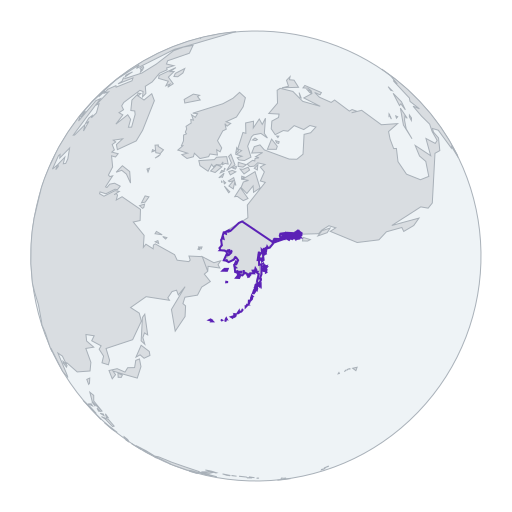 Alaska on an orthographic globe, rotated 314°
{"feature_id": "USA-3563", "entity_name": "Alaska", "entity_type": "State", "adm_level": 1, "iso_a3": "USA", "parent_name": "United States of America", "parent_adm1": "", "projection": "orthographic", "projection_center": [-152.163, 61.314], "detail": "fine", "context": "on_globe", "style": "outline", "palette": "violet", "viewbox_px": 512, "rotation_deg": 314, "n_neighbors": 0, "source": "natural_earth", "source_scale": "10m", "svg_char_len": 17739}
<svg xmlns="http://www.w3.org/2000/svg" viewBox="0 0 512 512"><g transform="rotate(314 256 256)"><circle cx="256" cy="256" r="225" fill="#eef3f6" stroke="#a8b0b8"/><path d="M154.9,453.9L155.4,454.4L155.2,454.3L154.9,453.9ZM468.4,331.1L467.7,331.8L470.5,320.7L469.3,321.6L473.1,299.7L470.3,294.3L468.4,297.6L467.7,305.3L459.5,315.0L454.2,313.4L416.6,346.0L410.0,346.6L405.8,340.4L372.3,332.5L396.5,346.9L387.5,348.3L376.3,345.2L377.8,341.1L364.0,333.0L353.0,333.2L336.0,319.4L325.3,292.3L331.7,293.8L328.4,287.4L320.1,285.3L315.5,285.5L292.9,263.4L265.6,257.3L256.9,264.5L258.9,256.1L242.2,276.2L227.3,280.3L244.3,270.2L246.1,265.0L236.1,264.9L235.7,259.6L230.7,256.6L231.2,250.4L241.1,245.4L241.6,241.4L234.5,241.6L230.5,235.8L240.9,236.0L235.1,226.0L250.5,216.5L277.9,223.6L286.6,214.4L315.4,211.5L313.0,207.0L322.3,203.6L323.0,197.3L328.1,198.9L324.2,192.5L319.4,192.3L316.0,189.5L316.0,185.8L322.5,187.1L323.5,189.1L325.4,187.6L328.7,189.9L327.1,186.7L335.0,188.9L327.1,181.4L333.5,178.8L338.7,181.7L338.1,188.3L348.8,212.6L354.0,218.2L361.9,219.1L376.9,206.1L382.6,209.7L390.4,209.5L387.3,204.1L380.1,202.5L376.3,192.9L368.0,192.3L365.2,188.5L356.6,185.5L358.1,178.6L364.1,173.7L371.3,176.0L374.1,174.0L367.4,166.2L380.9,165.3L389.9,156.1L393.4,156.9L400.0,168.2L399.7,182.2L408.3,198.2L402.9,180.6L411.7,183.4L413.2,181.0L412.8,176.8L409.6,173.0L412.6,172.7L419.0,189.5L416.4,190.1L414.4,184.6L414.3,191.4L418.7,203.4L422.8,204.2L425.1,222.5L428.1,223.4L430.2,228.1L425.4,225.3L434.2,230.8L437.5,255.0L449.6,265.9L437.6,264.9L433.2,271.3L428.9,280.4L430.9,282.3L422.5,292.6L419.4,307.4L425.1,321.3L433.3,325.0L442.0,312.4L441.5,304.2L446.1,293.7L449.5,312.0L458.6,296.6L461.5,306.7L465.0,306.0L467.9,296.2L471.5,289.3L471.6,278.0L472.9,264.9L475.4,271.3L474.2,259.4L476.2,256.6L477.3,234.9L477.9,238.1L479.2,227.6L477.8,216.6L480.1,233.0L481.2,249.6L481.0,266.2L479.7,282.7L477.1,299.1L473.3,315.3L468.4,331.1ZM242.9,407.5L242.4,403.5L246.2,406.0L242.9,407.5ZM239.7,401.2L240.4,402.5L239.3,401.4L239.7,401.2ZM237.4,400.4L239.0,400.9L237.1,400.7L237.4,400.4ZM234.2,399.8L235.9,399.9L235.7,400.1L234.2,399.8ZM452.6,271.1L462.7,257.1L460.1,269.2L460.0,266.0L456.8,268.6L451.8,275.7L448.7,286.8L452.6,271.1ZM229.4,397.6L228.3,396.9L229.8,396.6L229.4,397.6ZM450.0,255.3L448.5,258.3L449.5,254.9L450.0,255.3ZM313.5,286.6L320.0,285.9L327.6,289.9L322.2,291.0L313.5,286.6ZM299.1,279.0L302.1,276.9L305.5,283.7L302.7,282.8L299.1,279.0ZM250.7,271.0L256.0,270.6L251.0,272.9L250.7,271.0ZM229.9,257.3L228.5,259.2L226.5,256.9L229.9,257.3ZM356.4,189.5L356.6,187.5L358.1,189.1L356.4,189.5ZM352.6,190.1L354.3,193.3L352.7,194.1L351.7,192.1L352.6,190.1ZM225.4,245.4L222.7,241.3L227.2,244.5L225.4,245.4ZM350.9,186.0L349.7,195.1L346.9,196.5L340.7,190.1L350.9,186.0ZM222.2,238.3L215.3,228.7L211.5,231.9L218.2,217.8L221.9,230.4L228.1,233.9L223.4,234.7L222.2,238.3ZM317.9,193.8L323.0,193.9L318.8,197.2L317.9,193.8ZM316.0,196.7L307.7,211.7L300.1,210.0L304.4,205.2L294.6,206.0L294.9,197.7L300.4,195.5L305.2,198.1L301.7,193.0L316.0,196.7ZM223.1,211.7L222.9,208.8L225.0,210.9L223.1,211.7ZM314.4,188.6L313.4,191.7L306.7,190.4L307.5,184.1L309.4,186.5L314.4,188.6ZM291.8,210.3L287.0,208.4L285.9,201.2L283.9,199.5L294.3,197.4L291.8,210.3ZM310.9,184.9L308.0,180.9L311.1,178.2L314.9,185.6L310.9,184.9ZM304.7,192.8L301.5,192.0L303.5,190.3L304.7,192.8ZM320.5,166.9L319.5,170.4L315.9,170.0L320.5,166.9ZM306.8,179.6L305.7,180.5L304.2,180.8L303.0,177.7L306.8,179.6ZM292.8,192.6L293.4,190.0L288.5,193.0L287.5,187.9L294.6,187.5L291.1,185.5L290.8,184.0L296.9,185.5L292.8,192.6ZM297.2,175.5L305.9,173.6L308.6,167.1L311.8,167.2L306.9,177.7L297.2,175.5ZM296.5,181.2L297.7,177.7L301.1,179.5L302.5,183.0L296.5,181.2ZM284.3,184.6L284.0,192.5L282.5,192.4L284.3,184.6ZM297.3,173.2L295.2,173.7L297.1,172.5L297.3,173.2ZM287.5,180.6L287.6,183.4L285.9,183.1L287.5,180.6ZM291.0,172.6L293.8,171.9L294.8,174.2L291.0,172.6ZM288.8,176.0L286.4,174.9L293.4,175.5L289.2,177.2L288.8,176.0ZM285.9,179.9L284.9,180.7L286.1,178.8L285.9,179.9ZM285.6,164.3L294.2,164.4L296.4,169.5L287.7,168.6L285.6,164.3ZM403.6,85.8L403.3,85.6L357.6,59.5L348.1,53.8L312.3,41.3L307.9,39.7L312.3,39.2L285.6,32.8L276.8,32.3L252.4,30.9L236.0,31.8L229.8,34.6L256.6,32.9L261.1,34.8L239.4,37.5L216.0,40.6L217.0,41.5L231.6,41.7L226.1,45.1L236.7,42.3L232.5,41.4L239.0,39.9L243.3,40.6L241.1,41.6L248.1,41.8L256.5,37.3L253.1,36.0L271.6,35.9L267.8,33.8L272.9,33.5L281.2,36.9L280.3,38.1L295.9,45.1L298.6,43.8L284.0,37.2L288.6,38.2L292.1,36.9L293.1,38.7L308.3,46.8L324.9,51.0L346.3,54.1L355.9,58.7L363.8,64.4L355.6,67.2L335.1,56.8L331.9,58.2L335.8,64.7L329.2,61.1L328.2,62.7L320.4,59.6L309.1,60.4L301.2,58.5L296.4,63.9L291.7,63.8L295.9,60.5L294.5,57.4L274.6,54.2L270.7,55.1L269.2,59.1L263.9,57.9L265.0,62.2L253.5,63.6L268.5,65.6L267.2,70.9L260.0,74.8L262.3,77.0L273.9,70.7L276.1,68.0L273.7,64.9L282.0,58.4L288.9,58.5L290.4,67.1L300.3,68.3L297.1,75.0L267.7,87.1L255.6,89.9L236.2,82.4L239.2,78.2L247.7,78.7L240.2,72.9L240.6,75.9L236.3,75.1L233.9,80.4L230.6,80.1L233.8,85.8L229.6,86.1L227.7,82.5L220.5,91.0L211.7,93.6L211.6,95.7L214.1,97.2L201.2,99.7L201.7,101.2L206.1,100.9L210.1,103.7L211.9,109.8L207.4,110.3L206.1,108.2L196.5,104.8L193.8,99.3L192.1,100.2L193.4,105.1L205.1,109.2L207.5,112.8L201.5,111.4L203.9,112.1L203.6,114.1L199.2,116.6L205.6,118.5L209.3,140.5L201.0,148.0L195.2,144.1L193.1,161.2L183.9,169.0L188.0,168.6L189.7,177.0L192.6,174.6L194.7,175.1L200.4,196.5L198.2,202.2L205.3,211.6L207.4,211.5L209.4,207.8L218.2,217.8L211.5,231.9L207.1,231.4L205.9,240.9L195.9,238.5L187.2,241.1L177.0,233.5L171.0,236.5L171.2,240.0L163.2,247.0L145.8,250.1L158.8,232.3L184.7,226.3L174.0,227.2L176.2,222.6L172.1,220.3L164.7,221.6L164.0,224.5L150.4,205.2L131.8,201.6L133.8,211.7L129.5,218.8L110.1,225.4L85.3,212.4L79.3,223.1L75.2,225.4L72.2,219.4L78.1,215.9L80.0,207.9L83.8,207.0L80.9,196.7L86.2,195.0L81.4,188.2L77.2,193.2L77.7,202.6L71.3,197.8L64.8,211.1L58.0,216.5L48.4,207.9L47.8,194.0L46.5,194.6L49.5,186.3L48.6,180.9L39.3,202.5L37.9,205.1L38.7,196.9L39.6,194.4L47.3,172.4L45.5,175.8L46.6,172.8L47.3,171.3L54.4,157.8L57.7,149.9L59.8,147.3L70.0,133.1L76.1,122.0L81.3,113.8L94.0,99.4L108.0,86.2L108.8,85.5L118.3,77.7L129.2,70.0L155.9,54.2L159.9,52.3L164.8,50.0L176.0,45.5L182.1,43.5L188.8,41.2L180.1,43.9L197.1,38.5L214.5,34.6L232.2,32.0L231.7,32.1L231.8,32.1L232.2,32.0L233.7,31.8L237.2,31.5L240.4,31.3L237.5,31.5L253.8,30.7L270.1,31.2L286.4,32.8L302.4,35.6L318.3,39.5L333.8,44.6L348.8,50.7L363.5,58.0L377.5,66.3L390.9,75.6L403.6,85.8ZM161.1,51.7L159.6,52.4L158.5,52.9L161.1,51.7ZM373.4,64.7L374.7,65.1L373.4,64.7ZM191.0,44.2L177.1,49.2L183.8,49.9L179.0,52.0L183.1,51.6L184.4,49.9L194.3,49.8L188.5,53.3L190.4,54.8L195.1,53.2L204.2,46.9L190.1,46.8L193.0,44.5L191.0,44.2ZM477.3,234.2L477.7,232.8L477.8,236.3L477.3,234.2ZM461.4,273.6L462.7,269.6L464.0,268.4L463.3,272.0L461.4,273.6ZM468.8,237.8L469.6,233.4L469.5,239.1L468.8,237.8ZM463.9,254.7L468.3,241.6L468.0,253.5L464.9,261.9L466.1,254.5L463.9,254.7ZM452.7,261.3L453.9,259.2L454.6,261.2L452.7,261.3ZM450.7,252.9L450.5,254.0L449.2,254.3L450.7,252.9ZM411.3,182.4L410.9,181.1L411.2,177.3L412.6,180.0L411.3,182.4ZM403.6,155.9L408.7,155.9L406.0,157.6L408.9,161.2L406.9,169.4L395.0,157.8L400.7,161.5L403.6,155.9ZM400.8,177.7L403.5,173.5L401.1,178.6L400.8,177.7ZM330.6,75.2L328.1,72.3L331.3,71.1L341.4,74.5L336.9,76.3L330.6,75.2ZM323.8,68.7L322.4,76.8L316.1,75.3L319.9,74.7L315.8,72.9L320.8,71.5L316.1,62.5L318.6,60.9L335.9,67.5L328.9,66.1L331.8,68.9L323.8,68.7ZM330.1,103.2L329.5,107.5L316.6,98.5L318.7,95.6L328.9,98.5L332.4,103.8L330.1,103.2ZM340.2,173.3L340.7,176.1L338.9,175.6L337.0,172.9L340.2,173.3ZM320.3,168.5L335.8,160.8L337.2,163.5L344.5,156.1L351.2,160.6L346.2,165.1L356.8,163.2L355.0,169.1L361.7,167.1L350.0,176.8L348.8,182.3L347.6,174.4L341.5,170.1L338.6,170.0L329.2,173.7L323.6,183.7L316.7,181.4L313.3,177.1L313.6,174.3L318.0,176.6L315.2,171.2L321.8,172.5L320.3,168.5ZM277.4,132.2L282.4,135.3L277.9,126.2L284.5,126.8L283.6,125.7L288.4,123.9L292.7,119.9L295.6,121.1L296.0,119.1L299.2,117.9L300.7,115.6L306.6,117.0L308.9,114.3L310.3,116.6L312.8,111.5L313.6,116.0L317.8,115.1L314.8,111.3L342.5,126.4L353.6,129.9L362.3,130.5L362.5,138.4L354.4,143.1L342.4,145.4L331.8,141.2L333.8,145.7L329.3,145.0L329.6,141.7L326.5,146.5L322.9,145.2L312.2,148.2L309.9,156.3L306.0,157.8L305.1,153.9L301.8,158.1L297.4,152.0L294.5,152.9L287.2,148.0L287.1,140.3L283.9,142.0L278.2,138.6L277.4,132.2ZM283.7,162.6L282.1,152.9L284.9,148.6L296.4,159.1L299.6,159.0L307.1,165.9L302.8,172.1L301.1,169.5L298.4,168.5L300.8,166.9L296.9,167.4L294.4,164.0L290.6,163.4L291.1,160.4L283.7,162.6ZM302.7,39.3L299.2,38.4L293.7,37.4L295.9,36.8L302.7,39.3ZM313.3,44.6L310.1,43.9L310.5,42.1L314.0,43.2L313.3,44.6ZM308.1,45.1L309.9,44.0L311.1,45.2L308.1,45.1ZM292.9,60.3L289.5,60.0L289.2,59.0L291.2,58.0L292.9,60.3ZM265.6,106.4L268.0,108.6L266.9,109.5L268.1,115.7L263.3,116.0L260.7,112.2L265.6,106.4ZM234.5,33.5L239.4,32.6L241.8,32.6L239.6,32.9L234.5,33.5ZM269.2,32.8L261.4,32.2L269.9,32.7L269.2,32.8ZM260.6,107.7L261.6,110.2L258.6,108.8L260.6,107.7ZM259.9,116.5L256.3,115.4L262.9,116.7L259.9,116.5ZM32.0,231.9L32.4,240.5L31.8,250.4L31.1,248.1L30.8,258.3L30.7,256.7L32.0,231.9ZM34.6,242.5L33.1,238.0L35.2,240.3L34.6,242.5ZM37.3,242.1L36.2,244.7L37.1,239.2L37.3,242.1ZM44.4,196.9L45.1,191.8L46.2,190.3L46.0,196.1L44.4,196.9ZM52.7,221.2L48.7,224.7L47.4,224.8L49.7,220.0L52.7,221.2ZM221.3,115.1L224.9,105.9L224.4,99.9L219.1,97.2L228.1,97.2L229.0,106.5L221.3,115.1ZM211.3,137.2L215.9,139.8L212.9,141.6L211.5,141.3L211.3,137.2ZM214.7,136.7L222.2,134.5L224.2,137.9L217.9,138.9L214.7,136.7ZM241.4,120.0L242.8,117.2L245.2,118.4L241.4,120.0ZM55.2,358.2L54.8,357.1L59.0,365.3L55.2,358.2ZM109.6,427.1L112.5,429.6L119.9,435.5L114.9,431.6L109.6,427.1ZM148.0,451.4L151.3,453.5L147.5,451.6L148.0,451.4ZM155.2,454.3L150.6,452.2L154.9,453.9L155.2,454.3ZM114.9,429.9L117.2,431.9L116.3,431.3L114.9,429.9ZM113.6,428.7L114.0,428.6L115.0,429.8L113.6,428.7ZM96.5,410.8L97.4,411.4L98.3,412.5L96.5,410.8ZM93.7,407.4L90.4,404.0L90.4,403.6L93.7,407.4ZM93.1,405.8L92.3,404.4L95.5,408.9L93.1,405.8ZM86.1,397.1L90.6,403.0L85.8,396.9L86.1,397.1ZM84.1,395.0L81.3,391.3L81.4,391.2L84.1,395.0ZM60.6,364.2L70.0,381.2L64.1,372.5L56.9,359.0L54.2,355.3L46.3,338.0L47.2,339.5L45.4,333.8L39.1,315.3L37.8,309.6L39.5,314.1L36.2,301.2L39.6,312.4L41.7,322.1L43.9,325.5L49.1,338.6L55.3,352.0L61.6,365.2L60.6,364.2ZM41.0,322.6L41.7,324.8L41.4,324.3L41.0,322.6ZM76.0,383.3L80.1,389.7L79.8,389.8L78.0,387.4L76.0,383.3ZM62.8,366.6L69.1,373.2L70.9,375.8L67.0,373.2L62.8,366.6ZM66.9,368.2L70.4,373.6L72.7,378.3L72.1,377.9L66.9,368.2ZM33.9,293.3L34.0,294.1L33.3,290.0L33.9,293.3ZM34.6,296.7L37.0,307.6L34.6,296.9L34.6,296.7ZM30.8,263.2L30.9,262.6L31.1,264.0L32.7,278.8L30.9,263.6L31.1,269.3L31.8,276.1L31.3,272.2L31.3,272.8L30.8,263.2ZM34.4,292.9L33.9,286.9L34.4,286.5L34.8,291.1L34.4,292.9ZM33.7,271.4L34.0,261.0L33.1,256.4L35.9,263.3L35.1,272.1L33.7,271.4ZM35.6,257.5L34.6,253.2L36.3,256.0L35.6,257.5ZM35.0,250.5L36.1,247.4L36.2,252.1L35.0,250.5ZM35.9,260.6L37.9,257.3L37.0,262.1L35.9,260.6ZM39.0,240.0L37.4,253.5L37.5,239.4L42.6,231.1L43.0,236.1L39.0,240.0ZM73.0,241.1L75.8,238.1L77.5,242.6L75.1,243.4L73.0,241.1ZM85.7,255.4L78.9,242.8L73.9,233.0L73.1,237.4L67.8,237.9L71.5,229.8L78.5,234.4L81.5,242.4L86.5,241.3L91.4,246.2L97.4,242.0L101.0,243.7L96.5,250.1L85.7,255.4ZM99.9,239.9L112.0,235.4L113.2,245.5L110.8,248.8L104.7,246.5L104.4,241.3L99.9,239.9ZM115.3,237.3L115.2,232.3L132.9,217.0L136.9,216.4L124.0,232.9L123.2,229.2L118.7,231.3L115.3,237.3ZM220.5,209.6L222.6,208.8L221.5,211.2L220.5,209.6ZM196.2,173.6L198.9,174.7L197.4,177.3L196.2,173.6ZM205.4,179.2L205.2,175.4L207.3,179.1L205.4,179.2ZM204.5,167.3L206.1,173.8L201.9,167.9L204.5,167.3Z" fill="#d9dde1" stroke="#a8b0b8" stroke-width="1"/><path d="M271.2,222.0L277.6,258.1L281.2,257.3L285.5,262.2L287.1,259.0L289.0,258.0L294.0,261.9L299.1,267.8L303.3,268.4L304.1,273.0L303.0,273.7L303.4,271.5L302.4,272.7L303.1,271.7L301.3,269.0L299.8,270.6L300.1,271.9L299.5,271.7L299.3,269.5L300.1,269.1L300.2,268.9L296.6,266.5L295.0,266.6L295.0,266.2L295.5,266.1L295.8,265.8L295.8,265.6L294.2,264.7L294.4,264.6L295.6,265.1L294.2,263.9L295.1,263.8L293.0,263.6L293.1,261.7L291.3,262.8L289.1,259.0L290.8,263.5L289.1,263.4L288.8,261.3L286.2,261.3L288.8,263.4L287.7,264.4L280.3,260.6L280.7,258.8L281.4,260.3L282.0,259.2L280.6,258.6L279.3,260.2L277.0,258.9L276.5,259.7L271.5,260.1L270.0,259.2L270.5,257.5L268.0,258.8L268.6,257.9L267.7,257.5L266.9,258.0L266.5,257.8L267.6,257.3L266.3,257.0L267.2,256.2L264.2,257.6L264.4,255.9L262.6,257.9L263.6,258.5L263.1,258.7L262.7,259.2L264.2,259.1L263.3,261.1L261.4,260.6L258.4,264.3L256.4,264.0L258.3,262.0L256.6,262.1L257.5,258.3L262.0,257.7L260.0,256.6L261.1,255.1L254.2,260.0L255.2,260.9L251.8,264.4L253.8,265.6L246.6,272.7L242.4,274.5L243.0,275.3L242.3,276.2L235.7,278.0L235.1,276.9L234.0,278.7L232.7,277.7L232.7,279.1L230.8,279.4L231.0,278.2L234.9,275.7L238.2,276.6L237.6,275.7L238.6,274.3L244.9,270.6L244.7,268.1L245.7,268.0L244.9,267.1L246.3,265.8L246.7,264.2L243.7,266.0L243.2,264.5L243.9,264.5L244.1,265.0L244.2,264.9L243.9,264.4L243.2,263.8L242.2,266.7L239.5,263.8L236.5,265.4L235.6,264.9L237.1,263.3L236.3,263.1L237.0,261.7L236.0,258.4L237.4,257.0L235.6,258.5L235.7,259.6L232.6,259.7L230.6,256.4L231.8,255.1L233.9,256.9L234.5,256.4L233.6,255.8L234.4,255.7L231.4,255.0L232.2,254.5L231.2,253.9L231.5,253.7L231.8,253.2L232.2,253.0L232.4,253.0L232.7,252.5L231.9,253.0L231.4,253.4L231.5,253.7L231.2,253.8L231.1,254.4L230.0,252.1L232.7,248.9L233.6,249.5L233.4,247.8L234.4,246.5L236.6,247.5L240.5,246.1L241.0,243.4L240.1,242.7L241.6,241.6L238.0,242.6L232.6,240.6L231.9,238.1L233.4,238.2L231.4,237.1L230.5,235.8L237.2,233.5L238.1,233.6L238.2,233.8L237.0,235.1L237.8,235.7L242.0,235.9L240.7,235.4L240.2,232.6L241.2,234.7L243.4,235.2L241.5,234.5L240.9,233.6L241.7,232.7L240.5,231.8L238.4,231.7L238.2,229.6L235.0,226.0L235.7,226.0L236.3,224.2L240.0,224.0L243.2,219.8L245.9,219.1L245.5,219.5L245.9,220.6L246.7,219.4L245.6,218.9L250.6,216.3L251.7,217.4L250.8,218.2L251.1,218.9L252.3,217.4L255.8,218.7L256.1,219.7L255.4,219.8L256.2,220.2L267.9,220.7L271.2,222.0ZM256.0,270.5L254.3,270.9L255.1,271.5L253.9,271.6L252.1,273.9L252.6,272.4L251.8,273.0L252.2,272.4L251.6,272.3L251.0,272.4L251.9,272.4L251.4,273.4L250.4,271.5L251.7,270.2L252.1,270.4L251.9,270.7L252.3,270.8L252.3,271.3L252.6,271.7L252.9,271.8L252.3,269.7L253.9,270.1L254.1,269.7L253.7,269.0L256.0,270.5ZM300.3,272.8L300.3,275.1L298.9,273.3L297.7,273.6L297.9,272.1L297.0,272.4L297.2,271.3L296.6,270.4L295.7,269.8L298.6,271.1L299.7,272.2L298.7,271.8L298.6,272.6L300.3,272.8ZM227.1,244.6L225.2,245.4L222.2,242.2L224.9,242.3L227.1,244.6ZM290.6,266.7L288.3,264.2L291.3,264.2L289.5,264.8L292.1,266.2L289.8,265.7L290.6,266.7ZM229.8,258.7L228.5,259.2L226.5,256.8L229.1,256.6L229.8,258.7ZM294.1,265.7L293.0,267.9L293.2,266.3L290.9,262.8L291.7,263.6L292.7,263.3L294.1,265.2L292.5,263.6L294.1,265.7ZM291.8,266.6L293.7,271.1L292.8,269.2L290.5,267.2L291.8,266.6ZM231.4,279.9L227.6,280.4L227.1,279.6L230.1,278.2L230.6,278.4L230.8,279.5L231.4,279.9ZM300.9,269.7L302.0,272.6L301.2,271.0L300.4,272.0L300.9,269.7ZM294.2,267.5L296.2,267.1L296.8,268.3L295.7,267.8L296.6,268.8L295.6,269.5L295.1,267.9L294.2,267.5ZM223.5,282.2L222.2,283.0L219.6,283.0L222.5,282.0L222.0,280.9L223.5,282.2ZM253.8,268.3L256.1,268.4L254.7,269.0L253.8,268.3ZM295.1,268.3L295.0,271.4L293.6,268.4L295.1,268.3ZM219.7,282.7L217.2,283.9L216.3,284.1L218.9,281.9L219.7,282.7ZM204.5,282.0L203.5,283.2L201.4,282.6L204.5,282.0ZM298.0,270.3L299.1,269.8L299.2,270.4L298.0,270.3ZM266.0,259.4L266.2,259.5L264.4,261.7L266.0,259.4ZM179.0,268.3L178.0,268.0L177.4,266.9L178.8,267.4L179.0,268.3ZM198.7,282.5L197.9,282.9L197.3,282.7L198.2,281.6L198.7,282.5ZM299.4,275.4L298.1,274.8L297.8,273.7L299.4,275.4ZM298.7,268.9L299.1,269.7L298.1,268.5L298.7,268.9ZM296.9,268.3L296.9,267.6L297.7,268.3L297.0,268.8L296.9,268.3ZM196.2,281.2L195.2,281.8L194.9,280.5L196.2,281.2ZM297.0,269.0L297.5,269.7L296.9,269.5L297.0,269.0ZM290.2,267.4L290.9,268.5L290.5,268.6L290.2,267.4ZM267.6,259.1L266.8,259.7L266.6,259.2L266.8,258.8L267.6,259.1ZM204.4,283.2L206.9,284.2L205.6,284.0L204.4,283.2ZM237.3,278.0L236.6,279.0L236.6,278.2L237.3,278.0ZM295.8,271.4L295.9,270.6L296.6,270.4L295.8,271.4ZM216.8,252.5L217.8,254.0L216.4,252.8L216.8,252.5ZM237.8,265.6L238.5,264.8L238.7,264.7L237.8,265.6ZM196.8,281.7L197.0,282.2L195.8,281.7L196.8,281.7ZM224.6,280.5L224.6,281.2L224.1,280.8L224.6,280.5ZM301.6,272.6L301.3,273.5L301.2,272.5L301.6,272.6ZM253.3,272.6L254.4,272.4L253.8,272.6L253.6,272.9L253.3,272.6ZM264.3,259.7L264.8,259.1L264.5,260.2L264.3,259.7ZM238.0,279.2L238.8,279.1L237.8,280.1L238.0,279.2ZM188.4,278.7L188.7,279.9L187.8,278.3L188.4,278.7ZM186.0,275.8L186.1,276.2L185.2,275.9L186.0,275.8ZM300.7,273.0L301.0,272.5L301.0,273.1L300.7,273.0ZM291.9,263.3L291.7,262.8L292.5,263.2L291.9,263.3ZM178.9,269.7L178.9,270.3L178.3,269.7L178.9,269.7ZM288.5,265.0L288.5,265.7L288.1,264.9L288.5,265.0ZM190.5,277.9L190.3,278.5L190.1,278.0L190.5,277.9ZM267.3,258.8L268.3,258.3L267.8,258.7L267.3,258.8ZM253.7,268.7L253.7,268.4L254.5,269.0L253.7,268.7ZM255.3,267.2L255.4,266.6L255.6,266.6L255.3,267.2ZM250.5,274.7L250.4,275.2L250.5,274.7ZM208.0,283.5L208.6,283.8L207.8,283.8L208.0,283.5ZM238.2,245.4L238.2,245.8L237.6,245.6L238.2,245.4ZM296.2,271.8L296.5,272.2L296.1,272.0L296.2,271.8ZM212.5,283.6L212.7,284.0L212.1,284.0L212.5,283.6ZM253.8,269.7L253.6,269.6L253.1,269.2L253.6,269.3L253.8,269.7ZM299.0,274.3L298.6,273.7L299.1,274.1L299.0,274.3ZM214.7,283.4L214.9,283.9L214.3,283.5L214.7,283.4ZM251.8,274.4L251.6,274.8L251.3,274.7L251.8,274.4ZM302.1,273.3L302.1,273.9L301.7,273.7L302.1,273.3ZM233.1,279.6L233.3,279.1L233.4,279.4L233.1,279.6ZM263.9,257.8L263.7,257.3L264.1,257.7L263.9,257.8ZM297.2,273.8L297.7,273.6L297.5,273.9L297.2,273.8ZM199.8,282.2L199.8,281.6L200.1,282.0L199.8,282.2Z" fill="none" stroke="#5b21b6" stroke-width="2"/></g></svg>